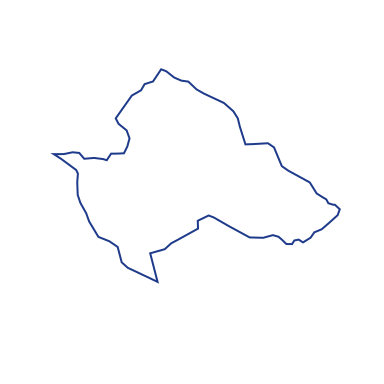 outline of Mingala, Basse-Kotto, Central African Republic, rotated 297°
{"feature_id": "33826404B71517620333215", "entity_name": "Mingala", "entity_type": "district", "adm_level": 2, "iso_a3": "CAF", "parent_name": "Central African Republic", "parent_adm1": "Basse-Kotto", "projection": "orthographic", "projection_center": [21.601, 5.165], "detail": "fine", "context": "isolated", "style": "outline", "palette": "blue", "viewbox_px": 384, "rotation_deg": 297, "n_neighbors": 0, "source": "geoboundaries", "source_scale": "gbopen_adm2", "svg_char_len": 1155}
<svg xmlns="http://www.w3.org/2000/svg" viewBox="0 0 384 384"><g transform="rotate(297 192 192)"><path d="M258.7,218.0L272.0,204.9L278.4,199.4L282.7,192.2L285.8,180.2L285.1,157.7L285.5,149.4L288.7,138.6L286.4,132.0L285.9,124.2L287.9,114.1L287.3,108.8L272.8,107.1L266.6,100.8L259.5,100.4L250.6,94.6L223.0,90.6L219.4,95.6L217.2,105.8L211.4,112.0L203.2,113.7L195.6,113.8L192.5,108.4L189.4,102.5L181.6,101.6L181.0,97.9L177.9,89.3L172.7,80.9L175.6,73.8L173.2,67.6L167.6,60.6L163.0,51.7L162.1,60.4L159.0,78.9L156.6,82.0L148.6,85.3L137.5,91.5L131.7,97.4L125.0,107.4L119.0,113.8L109.5,129.0L110.6,140.7L109.3,150.7L97.4,161.3L95.3,169.2L96.3,202.1L118.4,182.6L128.7,193.7L136.9,196.8L142.9,201.0L162.1,214.0L169.0,210.2L178.6,217.5L179.2,222.8L178.3,240.7L177.7,264.0L183.5,276.2L190.3,283.7L191.4,289.4L190.3,293.9L188.5,299.7L191.0,304.8L195.3,305.2L198.0,308.7L197.5,313.8L205.1,318.4L211.6,319.3L217.7,324.5L226.8,328.2L237.5,332.3L243.7,331.5L245.5,325.1L244.7,323.4L243.9,318.6L246.4,315.0L246.7,310.1L247.3,303.7L254.0,292.6L254.7,268.2L255.8,260.3L269.0,244.8L269.9,237.5L262.2,224.3L258.7,218.0Z" fill="none" stroke="#1e3a8a" stroke-width="2"/></g></svg>